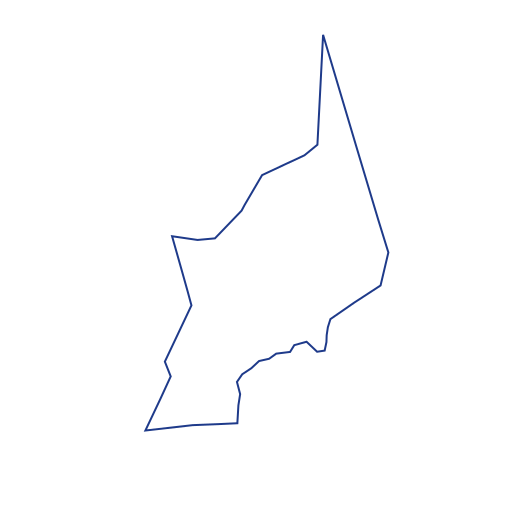 the district of Buenos Aires, Pernambuco, Brazil, rotated 317°
{"feature_id": "56859067B80815357525699", "entity_name": "Buenos Aires", "entity_type": "district", "adm_level": 2, "iso_a3": "BRA", "parent_name": "Brazil", "parent_adm1": "Pernambuco", "projection": "mercator", "projection_center": [-35.358, -7.727], "detail": "fine", "context": "isolated", "style": "outline", "palette": "blue", "viewbox_px": 512, "rotation_deg": 317, "n_neighbors": 0, "source": "geoboundaries", "source_scale": "gbopen_adm2", "svg_char_len": 691}
<svg xmlns="http://www.w3.org/2000/svg" viewBox="0 0 512 512"><g transform="rotate(317 256 256)"><path d="M355.2,343.7L370.5,312.1L403.6,245.2L455.9,140.0L376.8,216.5L360.1,215.4L338.3,208.3L324.3,203.8L315.6,201.0L282.5,210.9L276.4,213.0L238.0,215.1L224.2,204.4L208.1,184.3L191.0,217.6L181.7,235.6L175.1,248.1L117.3,271.1L111.5,285.9L89.1,295.1L56.1,308.2L94.3,336.5L113.7,353.2L128.3,365.6L141.3,353.2L150.2,346.2L156.2,335.1L165.3,333.1L176.1,334.9L186.6,334.9L195.5,340.1L204.2,341.2L215.5,349.4L223.2,347.3L234.5,353.2L235.4,367.7L241.7,372.0L248.8,367.0L253.7,362.1L260.0,357.1L267.4,352.9L296.1,357.1L327.0,362.5L355.2,343.7Z" fill="none" stroke="#1e3a8a" stroke-width="2"/></g></svg>